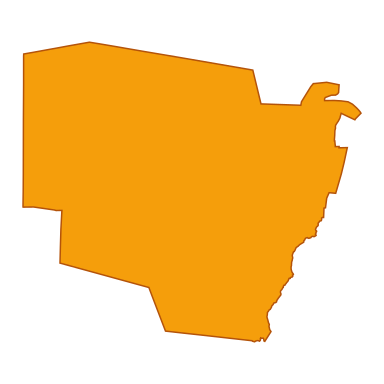 the district of Sobremonte, Córdoba, Argentina
{"feature_id": "61730980B85685003882590", "entity_name": "Sobremonte", "entity_type": "district", "adm_level": 2, "iso_a3": "ARG", "parent_name": "Argentina", "parent_adm1": "Córdoba", "projection": "orthographic", "projection_center": [-63.921, -29.792], "detail": "fine", "context": "isolated", "style": "filled", "palette": "amber", "viewbox_px": 384, "rotation_deg": 0, "n_neighbors": 0, "source": "geoboundaries", "source_scale": "gbopen_adm2", "svg_char_len": 3924}
<svg xmlns="http://www.w3.org/2000/svg" viewBox="0 0 384 384"><path d="M23.7,54.0L23.7,54.3L23.6,56.2L23.6,83.6L23.5,102.8L23.4,120.3L23.3,174.3L23.2,191.7L23.0,206.4L23.1,207.1L23.5,207.1L33.6,207.0L54.4,210.0L56.0,210.5L61.9,210.4L60.9,229.3L60.4,246.8L60.0,263.1L148.9,287.5L150.0,290.5L156.7,308.1L165.5,331.1L183.3,333.1L205.4,335.5L214.2,336.5L215.2,336.6L250.9,340.6L252.1,340.7L252.4,341.2L254.6,341.8L255.7,341.1L257.1,340.6L257.4,340.6L258.4,340.7L259.5,341.2L260.2,340.5L260.5,339.8L260.3,338.7L260.7,337.8L261.6,338.3L262.6,338.2L263.3,338.2L263.7,339.1L264.0,341.0L264.6,341.3L264.8,341.4L271.0,331.6L270.6,330.9L269.7,329.6L269.3,327.7L269.0,326.4L269.3,324.3L268.7,323.3L268.3,322.0L267.9,320.3L267.7,319.6L267.2,318.0L266.9,316.7L267.3,314.9L267.4,313.7L267.4,312.6L267.6,312.2L268.3,311.4L269.3,309.8L270.2,309.4L270.9,308.2L271.4,307.4L271.8,305.9L273.0,304.7L274.0,302.9L275.7,302.6L276.6,301.8L276.6,300.9L278.1,298.5L279.4,296.8L280.5,295.4L280.9,294.8L280.9,294.3L280.9,293.6L280.5,292.7L280.4,291.9L280.7,290.7L281.8,289.6L282.1,289.1L282.9,287.6L283.3,287.4L283.3,286.6L283.5,286.0L283.9,285.3L284.5,285.3L285.0,285.1L285.3,284.3L286.0,283.6L286.5,282.8L286.8,282.4L287.7,281.5L288.3,280.4L288.8,278.9L289.2,278.3L289.6,278.3L289.8,278.5L290.2,278.4L290.3,277.9L290.7,277.5L291.2,277.2L292.2,277.0L292.8,276.2L292.8,275.7L292.5,275.1L292.8,275.0L293.4,274.4L293.1,273.7L292.9,273.4L292.4,272.8L292.0,272.1L291.8,271.6L291.6,271.0L291.5,270.5L291.3,270.0L291.2,269.3L291.1,268.9L291.1,267.3L291.1,266.7L291.2,266.4L291.4,265.8L291.5,265.2L291.5,264.8L291.5,264.3L291.5,263.8L291.6,263.3L291.6,262.7L291.6,262.3L292.1,260.6L292.3,260.0L292.4,259.0L292.7,258.2L292.7,257.6L292.6,257.1L292.4,256.3L292.3,255.7L292.3,255.4L292.3,255.2L292.4,254.9L292.5,254.4L292.7,253.9L293.0,253.1L293.4,252.2L293.5,252.1L293.6,251.7L294.3,251.5L294.6,250.9L295.0,250.2L295.3,249.6L295.5,248.9L295.8,248.4L296.1,247.6L296.3,247.4L296.9,247.1L297.4,246.6L298.1,246.3L298.3,246.0L298.9,245.4L299.9,244.5L303.4,242.4L303.8,242.0L303.8,240.9L304.3,240.2L304.7,240.0L304.8,239.7L305.3,238.5L306.2,237.9L307.3,237.6L307.9,238.1L308.9,238.3L309.9,238.0L310.8,237.7L311.3,237.0L312.0,236.5L313.0,236.3L313.5,236.6L314.3,236.6L314.5,236.5L314.7,236.4L314.8,236.2L315.1,236.1L315.4,235.9L315.5,235.8L315.6,235.7L315.8,235.5L315.9,235.4L316.1,235.4L316.1,235.2L316.0,234.9L315.9,234.8L315.7,234.7L315.4,234.3L315.4,234.2L315.5,233.9L315.6,233.7L315.9,233.4L316.0,233.1L315.9,232.8L315.9,232.6L316.0,232.4L316.1,232.2L316.5,231.8L316.6,231.6L316.6,231.4L316.6,231.1L316.5,230.9L316.4,230.8L316.2,230.8L315.9,230.7L315.8,230.4L315.7,230.0L315.7,229.8L315.6,229.6L315.5,229.4L315.6,229.2L315.7,228.7L315.9,228.5L315.9,228.4L315.9,228.2L316.0,228.1L316.1,227.9L316.2,227.7L316.3,227.6L316.4,227.4L316.9,226.6L317.4,226.3L318.0,225.7L318.2,225.1L318.2,224.6L318.1,223.3L318.4,222.8L318.8,222.5L319.7,221.1L320.2,221.0L321.1,220.8L321.4,220.4L321.5,220.0L321.6,219.7L321.6,218.9L321.7,218.5L321.6,218.1L322.3,217.5L323.6,217.5L324.0,208.1L325.5,207.8L326.7,198.2L329.1,192.7L335.7,193.3L341.3,174.0L344.1,162.5L347.3,147.6L339.0,147.8L339.1,146.5L335.3,146.6L335.3,145.5L335.1,144.2L334.8,140.9L334.4,140.9L334.4,139.7L334.7,135.8L334.9,130.6L335.3,128.9L335.5,128.3L335.4,126.4L335.7,125.1L336.9,123.2L338.5,120.8L340.0,117.8L340.2,116.8L340.9,114.4L341.2,113.3L347.0,116.1L354.9,119.8L355.6,118.7L355.8,118.5L361.0,113.2L360.1,111.8L358.5,109.9L356.5,107.8L352.5,104.2L348.1,101.8L341.2,100.9L334.7,100.5L332.9,100.5L324.6,100.6L324.6,98.7L325.3,97.5L331.4,95.2L335.6,95.1L337.6,93.9L338.6,92.5L339.1,84.8L326.7,82.3L314.8,83.5L313.3,83.6L310.7,86.8L310.1,87.8L301.5,101.7L300.8,105.3L299.0,105.2L261.0,103.9L259.0,95.7L252.8,70.1L179.2,57.4L144.2,51.5L127.9,48.7L115.9,46.6L99.3,43.8L89.4,42.2L67.9,46.0L56.6,48.1L49.3,49.4L45.5,50.1L36.1,51.8L31.7,52.6L29.9,52.9L23.7,54.0Z" fill="#f59e0b" stroke="#b45309" stroke-width="1.5"/></svg>